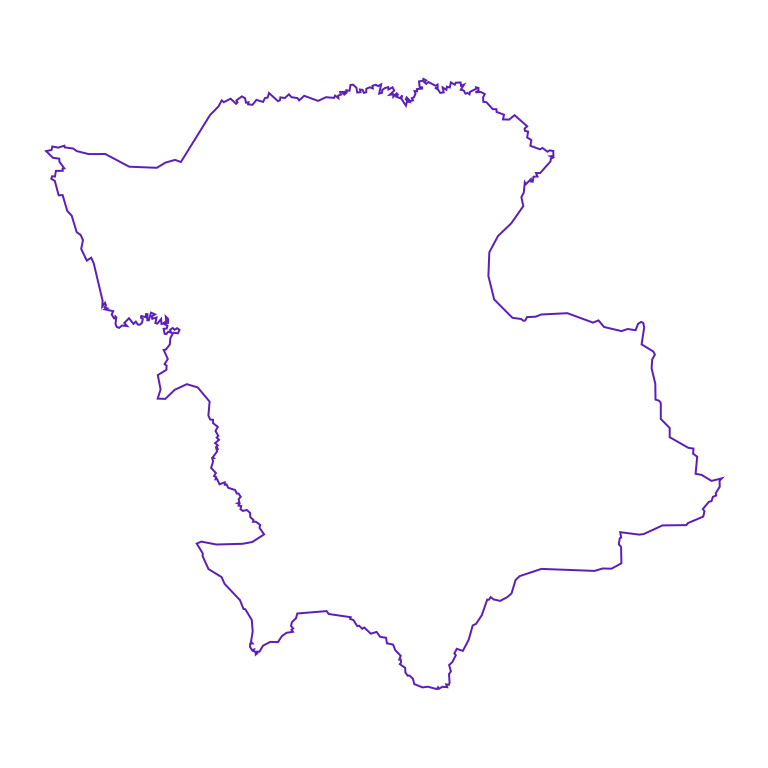 outline of Phu Khiao, Chaiyaphum, Thailand
{"feature_id": "78962969B29534138617955", "entity_name": "Phu Khiao", "entity_type": "district", "adm_level": 2, "iso_a3": "THA", "parent_name": "Thailand", "parent_adm1": "Chaiyaphum", "projection": "albers", "projection_center": [102.134, 16.339], "detail": "fine", "context": "isolated", "style": "outline", "palette": "violet", "viewbox_px": 768, "rotation_deg": 0, "n_neighbors": 0, "source": "geoboundaries", "source_scale": "gbopen_adm2", "svg_char_len": 5976}
<svg xmlns="http://www.w3.org/2000/svg" viewBox="0 0 768 768"><path d="M550.5,161.4L550.8,158.7L553.0,157.6L550.5,156.3L553.4,156.0L553.3,151.0L549.5,150.4L547.5,151.7L542.5,148.0L539.9,149.3L530.4,145.8L531.3,140.0L527.2,137.5L528.1,131.6L524.9,130.8L524.6,128.6L527.2,126.3L514.6,115.2L509.1,119.6L503.0,119.4L504.0,114.7L496.6,111.9L496.4,109.2L492.8,109.2L486.4,102.2L483.3,101.8L483.1,97.3L484.8,94.1L480.9,92.0L475.5,92.4L478.6,90.4L478.4,87.9L476.0,87.4L476.3,88.7L470.1,91.8L469.5,94.3L467.6,92.9L465.5,93.7L463.7,90.4L460.8,89.8L464.0,84.6L461.0,85.8L460.6,82.5L455.8,82.7L454.8,84.7L450.9,82.4L449.8,87.5L446.9,86.7L446.4,89.8L442.7,87.5L443.7,92.4L440.2,92.9L437.7,89.1L435.0,88.1L437.7,87.7L437.6,84.6L435.4,85.7L428.4,82.0L426.3,83.9L424.3,82.2L426.2,80.4L423.4,78.9L422.9,80.8L419.0,81.4L419.7,87.0L422.1,87.3L422.1,88.6L416.9,89.1L417.1,91.3L414.6,91.0L415.5,93.7L413.9,97.4L411.9,98.1L413.0,100.4L410.2,101.0L406.6,97.4L405.8,99.4L408.8,101.9L407.0,101.6L405.9,105.7L401.4,98.7L402.2,95.3L400.2,98.2L396.3,96.7L397.9,94.7L396.7,93.3L393.3,96.7L393.3,94.3L389.7,94.8L394.2,90.6L392.5,87.3L388.5,89.5L388.2,87.2L385.0,88.0L382.3,89.9L382.0,92.8L379.2,93.6L381.1,84.4L378.1,86.1L375.8,84.8L372.5,85.8L372.8,88.4L369.7,87.3L366.3,88.8L366.2,92.3L363.8,92.8L362.6,89.9L360.0,89.5L360.5,92.2L357.2,92.5L356.4,87.7L353.1,84.7L350.5,85.0L349.5,90.8L346.4,90.2L346.7,92.6L344.3,94.6L343.2,93.7L344.8,91.8L340.1,92.0L341.0,94.6L338.2,95.6L338.4,98.2L335.1,95.6L334.0,97.9L326.0,97.2L318.1,100.9L304.2,95.8L299.1,100.4L297.5,98.1L291.5,97.2L288.9,94.3L284.9,98.0L280.4,97.4L279.9,100.2L278.0,101.2L269.0,93.0L267.6,97.6L265.0,98.0L263.1,101.9L256.4,99.9L252.5,104.8L248.1,104.3L248.5,102.2L246.0,102.7L245.0,98.2L241.9,96.4L236.4,100.4L237.5,102.4L236.1,103.8L230.6,98.7L223.8,102.2L221.7,100.4L218.6,106.3L210.0,115.1L180.9,162.0L175.0,159.9L165.5,162.6L156.8,167.8L129.2,166.7L105.3,154.0L88.7,154.1L76.8,151.1L73.1,148.5L64.8,147.4L64.4,145.7L58.2,147.6L52.3,146.5L51.5,150.0L46.1,151.1L52.9,157.8L59.3,158.7L59.4,161.7L64.3,168.4L62.6,168.7L62.7,170.8L55.9,170.9L55.0,176.5L52.1,176.3L51.3,178.8L54.8,180.9L58.7,195.3L62.6,195.1L67.3,211.0L71.7,215.7L76.7,232.2L80.6,234.9L83.0,240.1L81.2,248.9L86.8,260.6L91.2,257.7L93.7,263.2L102.6,300.7L102.3,306.5L105.0,302.8L106.0,305.4L104.6,307.4L107.2,308.3L105.0,309.4L113.2,311.2L111.7,314.5L114.0,318.4L115.4,318.4L115.5,316.5L116.3,317.2L115.5,323.9L116.7,326.9L119.0,327.9L122.2,325.5L127.1,326.1L124.3,323.0L129.0,318.2L133.5,323.9L135.8,321.6L137.9,324.6L139.8,324.7L142.0,322.8L142.8,319.0L141.0,317.8L141.3,316.0L145.7,317.2L146.0,314.1L147.5,314.2L147.3,320.2L148.8,320.4L151.0,312.6L155.0,314.4L151.8,316.3L152.3,318.8L156.5,317.5L155.4,323.1L157.4,323.6L161.1,319.0L161.4,323.8L162.5,323.9L166.2,321.1L165.8,316.6L168.1,319.0L168.1,322.9L164.2,323.9L167.5,325.9L166.6,328.6L163.6,328.8L164.7,333.8L166.4,334.1L168.2,331.7L171.1,332.7L170.1,329.8L172.7,328.0L174.6,329.8L177.1,328.2L179.5,329.9L177.9,333.3L173.3,332.7L170.4,338.0L169.8,344.5L165.8,349.6L163.7,349.9L167.8,359.0L164.6,364.1L166.6,365.6L166.4,369.8L157.8,375.1L160.6,389.4L157.7,398.6L165.3,398.9L174.7,389.8L186.8,384.2L197.7,387.4L209.6,401.6L208.4,415.5L210.2,419.5L213.0,419.8L213.1,423.2L217.8,426.9L215.5,431.0L218.3,435.9L216.7,437.6L219.0,439.8L215.1,443.1L217.8,445.4L216.6,446.5L217.5,448.5L216.2,448.0L217.1,451.5L212.8,457.2L213.7,458.1L212.2,458.2L213.1,461.5L211.1,467.9L215.9,473.0L214.0,476.1L216.2,477.2L215.5,479.3L217.2,479.2L219.5,484.3L224.8,482.3L224.8,484.7L226.5,484.4L228.2,487.8L235.1,490.0L236.8,493.5L238.5,493.5L240.7,496.8L238.6,499.2L239.4,502.6L237.6,503.3L239.4,504.0L238.6,505.6L241.2,506.1L240.5,509.2L242.8,510.9L246.9,510.0L250.1,513.0L250.2,517.0L253.5,520.1L253.0,521.8L255.8,521.7L260.1,524.9L259.5,527.8L264.1,534.4L252.3,542.0L242.6,543.8L216.3,544.5L201.3,541.6L196.7,543.6L202.7,553.3L202.7,556.3L208.5,569.1L221.6,577.1L224.6,583.9L240.0,600.2L243.5,609.0L245.3,609.2L251.8,620.0L252.7,631.6L251.0,641.7L252.5,643.5L250.2,643.6L250.0,646.9L252.1,650.2L254.0,649.5L253.4,651.1L255.6,652.0L255.8,654.5L257.4,653.1L256.7,651.7L259.5,651.6L263.1,645.6L270.3,641.9L278.0,642.1L281.8,636.2L286.5,632.8L292.9,631.8L291.5,629.8L293.2,628.5L291.0,626.0L291.9,622.2L296.0,618.3L297.3,613.5L326.6,611.1L328.7,614.0L350.7,617.2L350.1,618.9L353.5,620.1L357.2,626.1L359.1,625.7L362.3,628.8L364.2,627.5L370.8,633.7L376.6,631.9L380.1,636.8L386.1,637.8L386.9,643.3L393.1,644.6L395.2,650.1L400.7,655.8L399.3,659.6L400.7,659.6L401.1,662.5L399.8,664.1L405.2,667.9L405.4,672.5L407.6,675.7L409.4,675.5L412.9,678.7L414.3,684.1L422.5,687.4L427.8,686.7L436.9,689.1L438.0,687.3L438.9,688.8L442.4,686.8L447.2,687.2L446.2,684.4L448.8,684.8L449.6,682.9L449.0,674.1L450.9,671.4L449.1,665.0L452.2,662.3L455.8,655.3L454.4,653.3L456.8,648.8L462.8,650.9L468.6,640.0L472.7,625.5L476.1,623.8L481.8,615.2L487.2,599.6L489.0,599.7L490.6,597.1L493.6,599.4L500.1,600.9L507.0,597.3L511.5,593.5L515.6,579.9L519.7,576.1L541.4,568.9L594.6,570.9L602.5,568.5L611.4,568.7L621.4,563.3L621.1,547.0L618.8,544.2L619.8,538.2L621.2,537.5L620.2,532.2L639.2,534.6L643.6,534.1L662.5,525.4L686.4,525.1L687.9,523.1L703.2,516.6L704.5,511.3L702.8,509.1L708.8,501.9L711.5,501.1L712.9,496.8L716.2,495.5L715.8,493.1L719.7,486.8L719.6,480.7L721.9,478.3L711.5,480.9L701.6,474.9L695.6,473.8L697.2,456.7L693.1,453.7L693.5,448.6L688.3,447.8L669.7,437.2L669.7,428.0L660.8,419.0L660.8,403.1L659.1,400.7L655.5,399.6L655.3,383.8L651.6,368.2L652.2,359.5L654.9,354.6L653.3,351.5L641.6,344.4L644.2,327.3L643.2,322.9L641.2,321.9L638.0,323.9L635.6,330.2L627.6,329.0L621.5,331.1L604.1,327.0L598.5,320.4L593.0,322.6L567.4,313.2L541.2,314.5L535.6,316.7L527.0,317.1L525.2,320.5L523.4,320.8L521.2,319.0L512.4,317.8L494.2,299.5L488.4,276.1L489.3,252.3L498.0,236.0L511.2,223.4L523.3,206.1L521.4,197.1L523.8,192.6L524.8,182.2L526.1,184.1L530.8,179.2L531.0,181.5L532.7,181.7L533.5,176.7L537.5,176.5L536.0,173.0L540.1,173.1L550.5,161.4Z" fill="none" stroke="#5b21b6" stroke-width="2"/></svg>